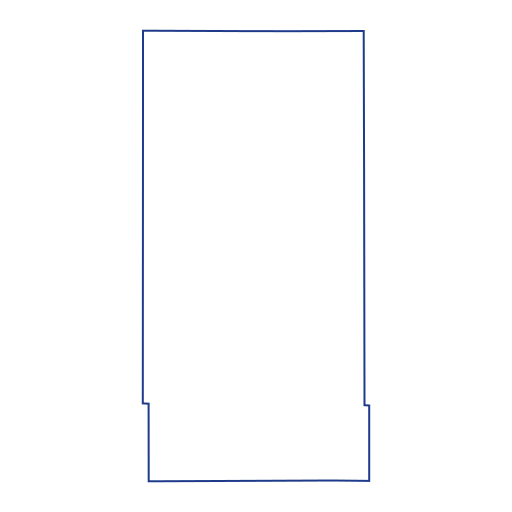 Perry, Mississippi, United States of America (Robinson projection)
{"feature_id": "52423323B55832283983627", "entity_name": "Perry", "entity_type": "district", "adm_level": 2, "iso_a3": "USA", "parent_name": "United States of America", "parent_adm1": "Mississippi", "projection": "robinson", "projection_center": [-88.978, 31.172], "detail": "fine", "context": "isolated", "style": "outline", "palette": "blue", "viewbox_px": 512, "rotation_deg": 0, "n_neighbors": 0, "source": "geoboundaries", "source_scale": "gbopen_adm2", "svg_char_len": 290}
<svg xmlns="http://www.w3.org/2000/svg" viewBox="0 0 512 512"><path d="M289.9,31.2L239.2,31.1L143.0,30.7L143.0,107.3L142.8,403.4L148.6,403.7L148.7,481.3L332.4,480.5L369.2,480.9L369.2,405.5L364.5,405.2L364.1,173.6L363.7,31.0L289.9,31.2Z" fill="none" stroke="#1e3a8a" stroke-width="2"/></svg>